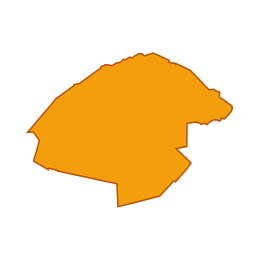 Nava, Coahuila, Mexico (orthographic projection), rotated 14°
{"feature_id": "50627088B13414539887729", "entity_name": "Nava", "entity_type": "district", "adm_level": 2, "iso_a3": "MEX", "parent_name": "Mexico", "parent_adm1": "Coahuila", "projection": "orthographic", "projection_center": [-100.575, 28.492], "detail": "fine", "context": "isolated", "style": "filled", "palette": "amber", "viewbox_px": 256, "rotation_deg": 14, "n_neighbors": 0, "source": "geoboundaries", "source_scale": "gbopen_adm2", "svg_char_len": 3438}
<svg xmlns="http://www.w3.org/2000/svg" viewBox="0 0 256 256"><g transform="rotate(14 128 128)"><path d="M31.6,156.5L33.6,155.8L33.8,155.8L36.9,154.8L44.8,161.2L45.1,161.4L45.0,163.2L45.0,164.8L44.4,183.0L46.4,183.6L48.4,184.2L48.6,184.2L49.2,184.4L53.2,185.6L53.7,185.7L57.7,186.9L60.8,187.8L60.9,186.2L61.1,186.2L64.3,186.2L70.2,186.3L70.2,186.9L71.5,186.8L78.4,186.5L82.9,186.4L89.4,186.2L90.4,186.1L90.8,186.1L91.4,186.1L91.8,186.1L92.2,186.1L92.8,186.1L93.2,186.0L93.6,186.0L94.1,186.0L94.7,186.0L94.8,186.0L97.5,185.9L99.4,185.8L99.8,185.8L100.4,185.8L100.6,185.8L101.4,185.8L101.8,185.8L102.2,185.7L102.4,185.7L102.7,185.7L102.9,185.7L103.7,185.7L104.4,185.7L104.9,185.7L105.7,185.6L106.0,185.6L106.3,185.6L106.8,185.6L107.0,185.6L107.8,185.6L108.9,185.6L110.0,185.5L110.5,185.5L111.6,185.5L111.8,185.5L121.4,185.1L130.7,184.8L137.3,206.8L154.2,197.8L157.6,196.0L175.3,186.3L176.2,184.8L179.8,178.2L185.4,168.1L187.1,168.7L188.9,165.3L192.3,158.7L195.3,152.9L197.6,146.7L179.8,136.4L184.9,133.9L188.1,132.4L189.5,131.7L188.1,126.2L187.6,123.9L184.2,109.2L193.4,105.4L193.8,106.1L194.4,106.2L196.0,105.7L197.0,106.1L197.4,106.6L198.8,106.5L200.0,105.6L201.7,104.7L203.0,105.7L203.7,105.7L204.3,105.1L204.4,104.4L205.8,102.5L207.6,100.7L209.6,99.3L209.9,98.8L210.4,98.8L211.3,99.4L212.4,98.5L213.8,98.5L214.2,99.1L215.3,99.1L216.3,97.6L216.2,96.7L216.0,96.2L216.9,95.7L218.7,96.0L219.0,96.1L219.2,95.7L219.6,95.2L220.0,94.7L220.3,94.4L220.6,94.1L220.7,93.8L220.8,93.2L220.9,92.9L221.0,92.7L221.6,91.9L222.3,90.7L223.1,89.2L223.6,88.1L224.1,87.1L224.2,86.9L224.2,86.7L224.3,85.7L224.3,85.1L224.4,84.5L224.4,83.9L224.4,83.6L224.3,83.4L223.9,82.7L223.7,82.0L223.7,81.8L223.6,81.7L222.9,81.1L221.8,80.6L221.1,80.4L220.6,80.3L219.2,80.0L218.5,79.6L217.7,79.1L215.6,78.1L214.4,77.7L212.7,77.1L211.6,76.8L210.7,76.6L210.0,76.3L209.5,75.9L209.1,75.6L209.0,75.2L209.0,74.5L208.9,73.9L208.7,73.2L208.7,72.9L208.5,71.8L208.5,71.5L208.4,71.3L208.2,71.2L207.9,71.1L205.4,70.7L204.1,70.6L203.9,70.6L203.2,70.1L202.7,70.0L202.5,69.9L202.4,69.7L197.0,71.2L194.6,69.6L191.6,67.8L186.7,64.7L184.9,63.4L180.1,60.5L179.1,59.8L178.6,59.5L178.2,59.3L177.5,58.8L175.9,57.9L174.3,56.8L172.2,56.4L169.0,55.8L168.7,55.7L168.3,55.6L167.5,55.5L167.0,55.4L165.6,55.1L162.6,54.5L162.3,54.5L161.8,54.4L161.5,54.3L161.2,54.3L161.0,54.2L160.8,54.2L160.3,54.1L160.1,54.1L159.8,54.0L159.6,54.0L159.3,53.9L158.8,53.8L158.8,54.3L158.5,54.3L158.2,54.2L157.9,54.3L157.3,54.2L157.2,54.2L156.5,54.1L156.4,54.0L156.2,53.7L155.8,54.1L155.5,54.3L155.4,54.4L155.2,54.5L154.8,54.8L154.7,54.6L154.7,54.4L154.4,54.5L154.1,54.3L153.7,54.2L153.7,54.4L153.3,54.3L151.9,54.1L151.7,54.1L151.7,53.4L151.6,52.7L151.5,52.4L145.6,51.2L145.3,51.2L140.5,50.2L134.2,49.2L133.8,49.6L132.3,50.5L130.8,51.4L128.7,52.5L127.3,53.7L125.5,53.9L124.3,52.7L123.5,52.6L122.7,52.8L120.3,53.4L118.5,55.4L116.7,56.7L116.4,57.3L115.8,58.7L113.2,58.8L112.2,59.2L111.8,59.6L109.0,62.1L108.2,62.4L107.1,62.3L105.4,64.9L104.5,65.8L103.2,67.0L101.0,67.6L99.7,69.0L97.5,71.3L92.8,71.7L91.3,72.0L91.1,72.0L89.9,72.7L89.7,73.3L89.4,73.8L89.2,73.8L88.4,73.9L87.9,74.0L87.7,74.2L87.6,74.3L87.2,75.1L87.0,75.3L86.7,76.1L86.8,77.3L85.5,78.2L76.1,89.4L69.7,96.9L69.4,97.0L68.2,97.5L65.1,98.9L65.5,99.7L60.9,105.2L56.3,110.7L52.8,114.9L51.5,116.4L51.2,116.6L51.1,116.8L49.3,120.7L47.8,123.9L45.5,128.6L43.7,132.1L42.9,133.5L42.6,134.1L37.4,144.8L31.6,156.5Z" fill="#f59e0b" stroke="#b45309" stroke-width="1.5"/></g></svg>